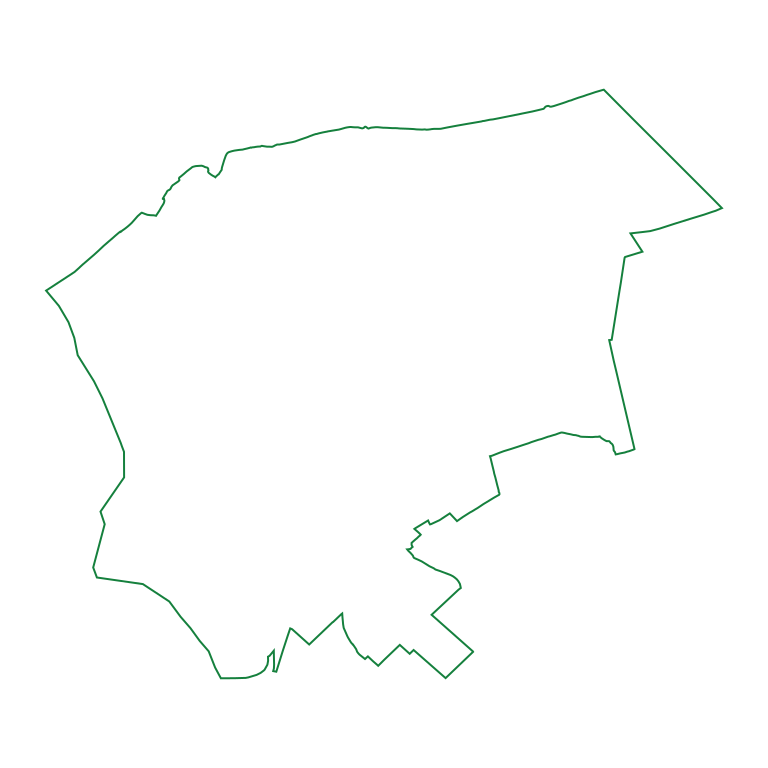 the district of Draganesti-Olt, Olt, Romania
{"feature_id": "2599482B52429496402051", "entity_name": "Draganesti-Olt", "entity_type": "district", "adm_level": 2, "iso_a3": "ROU", "parent_name": "Romania", "parent_adm1": "Olt", "projection": "natural_earth1", "projection_center": [24.539, 44.174], "detail": "fine", "context": "isolated", "style": "outline", "palette": "green", "viewbox_px": 768, "rotation_deg": 0, "n_neighbors": 0, "source": "geoboundaries", "source_scale": "gbopen_adm2", "svg_char_len": 6093}
<svg xmlns="http://www.w3.org/2000/svg" viewBox="0 0 768 768"><path d="M263.8,670.5L264.6,669.7L267.4,664.7L268.1,660.8L268.0,656.7L269.6,655.8L273.8,650.7L273.9,656.4L274.1,664.7L273.9,668.5L273.2,671.1L276.3,671.7L282.8,650.8L287.6,636.1L290.2,628.4L292.1,629.2L309.2,644.5L332.6,622.2L333.0,622.1L341.3,614.2L342.2,613.5L342.5,617.6L342.9,621.8L343.1,624.2L343.7,627.9L345.5,632.0L347.3,636.1L348.0,637.5L348.6,638.5L350.4,641.5L351.4,643.0L352.9,644.4L352.8,644.6L353.6,645.4L354.7,647.0L356.1,649.1L356.4,649.8L357.1,651.7L358.3,653.3L359.5,654.6L365.0,659.0L367.9,656.4L373.1,661.3L377.7,665.3L378.2,665.8L384.2,659.8L399.8,644.9L409.7,653.8L413.6,650.0L445.6,678.1L473.1,651.8L472.9,651.4L431.6,614.8L458.6,589.6L460.8,588.0L460.4,586.0L459.9,583.9L458.4,581.3L456.8,579.3L454.8,577.6L453.0,576.3L450.5,575.0L439.6,570.9L435.4,569.5L433.8,568.3L429.4,566.2L421.7,561.4L418.1,559.7L414.2,558.0L413.8,557.6L413.4,557.0L413.1,556.1L412.8,555.5L410.5,552.9L408.3,550.8L407.2,549.4L408.3,549.3L410.5,548.9L410.8,548.6L411.8,547.5L412.6,546.9L411.8,545.4L411.6,544.9L411.6,542.9L413.1,541.5L413.7,541.0L415.4,539.5L416.9,538.3L418.6,536.6L420.2,535.3L420.7,534.7L419.8,533.7L418.1,532.1L414.4,528.9L415.2,528.3L428.1,520.5L429.3,523.2L430.0,524.4L431.1,524.1L439.5,520.2L449.8,513.4L451.7,515.4L456.1,520.1L457.0,521.1L462.7,517.1L470.1,512.4L472.0,511.4L472.7,510.9L473.4,510.6L474.4,509.9L477.6,508.0L483.4,504.1L494.1,497.6L499.1,494.8L499.5,494.1L499.3,492.8L499.1,492.4L498.8,492.0L498.7,491.7L498.7,490.9L498.6,490.2L497.2,485.0L496.4,481.7L495.3,477.3L494.2,473.5L493.9,471.8L492.3,465.3L490.6,458.2L490.0,456.2L491.8,455.8L499.9,452.6L503.7,451.2L510.9,449.0L518.0,446.7L523.4,444.9L528.7,443.2L531.4,442.1L538.4,439.8L541.5,439.0L548.0,436.7L550.0,436.2L553.5,435.1L555.4,434.6L558.3,433.5L561.0,432.6L561.9,432.5L564.3,432.9L567.1,433.6L570.7,434.3L573.5,435.0L575.3,435.1L576.4,435.3L577.3,435.6L578.4,435.8L580.1,436.5L581.0,436.7L582.5,436.8L592.2,437.1L595.5,436.8L598.3,436.8L598.9,436.5L599.7,436.4L599.8,436.7L601.9,438.4L604.1,439.8L605.5,440.6L606.5,441.1L608.1,441.1L609.4,441.3L609.9,441.9L610.8,443.1L611.5,443.5L612.2,444.2L612.7,444.9L613.3,446.5L613.4,447.2L613.5,448.0L613.6,449.6L613.7,450.4L614.2,451.2L614.6,451.6L615.1,452.4L615.6,454.1L615.7,454.4L617.4,454.1L620.1,453.4L624.8,452.5L627.1,451.7L629.1,451.2L633.8,449.5L634.5,449.1L629.3,427.0L616.3,371.5L613.7,360.6L609.2,340.1L611.7,339.8L619.4,291.4L620.8,282.9L624.6,257.8L625.1,257.0L642.4,251.7L630.5,233.4L642.8,232.0L650.2,231.1L659.6,228.6L674.4,223.8L690.1,218.9L704.2,214.6L712.7,211.7L715.6,210.8L721.9,208.1L713.1,199.1L666.5,152.5L632.6,118.7L603.8,89.7L603.0,89.9L595.4,92.1L589.8,94.0L587.2,94.8L583.3,96.2L578.4,97.7L573.3,99.5L571.3,100.3L569.0,100.9L566.1,102.0L562.3,103.3L553.6,106.1L551.5,106.6L550.8,106.7L550.2,106.7L549.5,106.4L549.0,106.1L548.6,106.0L548.2,105.9L547.0,106.1L546.3,106.3L545.6,106.7L545.0,107.2L544.0,108.5L543.3,108.9L542.0,109.2L538.7,110.0L532.3,111.5L499.1,118.2L492.9,119.4L490.0,119.7L484.3,120.9L483.2,121.0L482.5,121.1L481.7,121.4L479.4,121.8L471.8,123.1L467.6,123.8L456.8,125.7L447.1,127.5L440.7,128.8L437.5,128.9L435.7,128.9L433.7,128.9L431.6,129.1L430.6,129.3L428.1,129.6L426.3,129.7L424.9,129.4L423.6,129.5L422.2,129.6L416.5,129.4L414.0,129.1L410.5,128.9L406.1,128.7L400.2,128.5L398.9,128.4L397.1,128.2L394.3,128.1L391.8,128.1L388.4,127.9L386.8,127.8L382.9,127.7L377.8,127.2L376.4,127.2L375.7,127.2L371.6,127.6L370.5,127.8L368.7,128.5L368.3,128.5L367.9,128.3L367.0,127.7L366.4,127.2L365.8,126.8L365.2,126.7L364.7,126.9L363.6,128.0L363.2,128.1L362.6,128.3L361.8,128.3L360.6,128.0L358.3,127.4L357.7,127.3L356.8,127.3L354.5,127.3L352.9,127.2L350.9,127.0L350.2,127.0L349.1,127.1L347.1,127.4L345.2,127.8L340.7,129.1L338.8,129.6L332.0,130.7L329.1,131.2L327.8,131.4L327.2,131.6L326.0,131.8L322.9,132.4L319.0,133.3L316.6,134.0L316.0,134.0L314.4,134.5L313.4,134.8L312.2,135.3L309.4,136.3L308.3,136.8L306.7,137.4L300.5,139.5L296.6,140.9L295.0,141.5L292.1,142.2L287.9,142.9L279.6,144.5L277.3,144.5L276.4,144.8L275.7,145.2L274.6,145.6L273.7,146.2L272.9,146.5L272.0,146.8L269.7,146.7L267.3,146.7L265.9,146.5L263.2,146.1L262.2,145.9L261.6,145.9L261.1,146.1L260.7,146.3L260.4,146.5L257.9,146.6L255.6,146.9L254.2,147.2L252.0,147.4L251.2,147.7L250.5,147.5L249.8,147.8L247.1,148.5L244.1,149.2L242.6,149.6L239.2,149.9L234.4,150.6L232.7,151.0L231.5,151.3L228.9,152.1L227.9,152.7L227.2,153.3L226.5,154.3L225.7,155.9L224.2,160.1L222.1,167.0L221.8,168.3L221.7,169.8L220.1,172.1L218.7,174.3L218.2,174.5L215.9,176.6L215.4,177.3L214.1,176.4L212.7,175.7L211.0,174.6L209.7,173.6L208.8,172.9L208.4,172.4L208.1,171.7L208.1,171.2L208.4,170.6L208.4,170.2L208.2,169.8L208.2,169.5L208.2,168.9L208.1,168.5L207.8,168.1L207.3,167.7L206.8,167.5L206.2,167.4L204.6,166.9L203.8,166.4L202.7,166.0L201.6,165.7L197.1,166.0L195.8,166.1L194.5,166.4L193.0,166.8L192.1,167.2L191.2,168.0L186.7,171.4L183.9,173.9L180.5,176.7L179.4,177.5L179.1,178.1L179.0,178.8L179.3,179.5L179.4,180.2L178.4,181.3L172.6,185.3L171.5,186.7L170.8,188.2L170.2,189.2L169.3,189.9L168.5,190.2L167.6,190.8L167.1,191.3L166.2,193.1L165.4,194.3L164.3,196.0L163.7,197.2L163.1,198.0L162.9,198.5L162.8,198.8L163.0,199.0L163.3,199.0L163.7,199.0L164.0,199.0L164.2,199.9L164.4,200.6L164.3,201.3L164.0,202.6L163.8,203.1L163.3,204.1L162.5,205.4L161.4,207.1L159.5,210.5L156.0,215.8L155.5,215.6L153.6,215.3L150.5,215.2L147.4,214.8L144.6,213.8L143.7,213.4L142.8,213.1L142.1,212.8L141.8,212.7L141.1,213.1L137.7,216.1L131.8,222.8L129.9,224.6L127.6,226.6L125.2,228.5L123.4,229.8L122.6,230.3L120.8,231.8L120.6,231.5L120.0,231.8L118.5,233.0L115.1,235.9L113.1,237.7L108.9,241.3L103.7,245.8L98.2,251.0L93.9,254.9L82.6,264.6L80.1,266.9L79.3,267.7L74.5,272.0L46.1,290.6L58.9,305.9L68.5,322.2L74.3,337.9L77.7,355.2L94.0,381.3L102.5,398.4L120.8,443.1L121.8,446.0L124.0,451.8L124.1,477.4L100.5,511.6L104.7,524.2L93.2,567.5L96.9,577.5L142.9,584.1L169.3,601.5L180.6,616.8L190.5,628.2L199.7,640.9L208.7,651.3L215.1,667.5L220.9,678.3L234.7,678.2L245.7,677.9L248.3,677.4L256.6,674.9L260.6,672.9L263.8,670.5Z" fill="none" stroke="#15803d" stroke-width="2"/></svg>